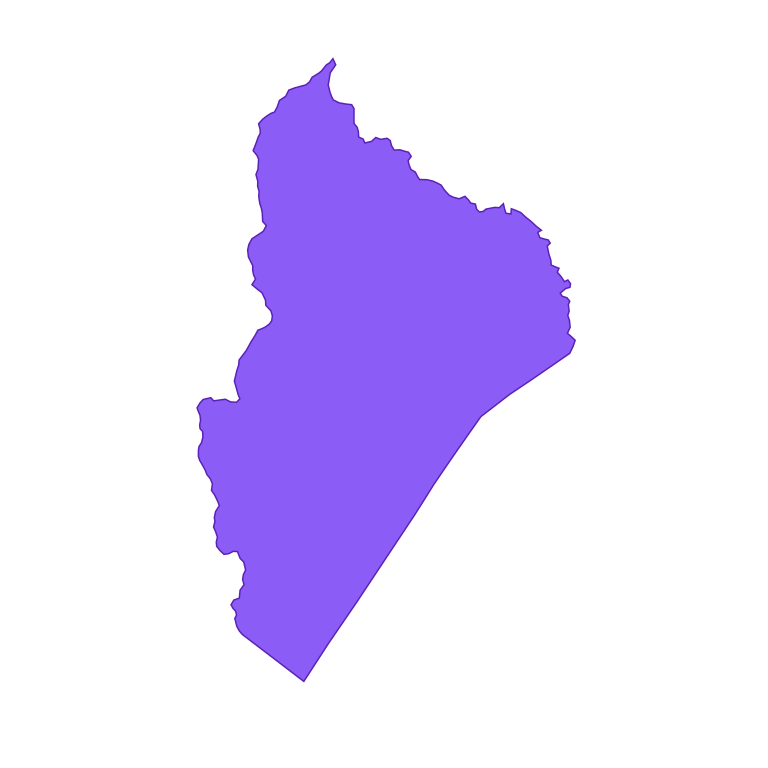 Itaporã do Tocantins, Tocantins, Brazil (Mercator projection), rotated 192°
{"feature_id": "56859067B75494045146561", "entity_name": "Itaporã do Tocantins", "entity_type": "district", "adm_level": 2, "iso_a3": "BRA", "parent_name": "Brazil", "parent_adm1": "Tocantins", "projection": "mercator", "projection_center": [-48.728, -8.44], "detail": "fine", "context": "isolated", "style": "filled", "palette": "violet", "viewbox_px": 768, "rotation_deg": 192, "n_neighbors": 0, "source": "geoboundaries", "source_scale": "gbopen_adm2", "svg_char_len": 3038}
<svg xmlns="http://www.w3.org/2000/svg" viewBox="0 0 768 768"><g transform="rotate(192 384 384)"><path d="M470.4,109.5L400.6,76.4L384.6,118.1L365.3,165.0L326.7,262.6L320.4,279.6L314.5,295.8L303.0,323.9L298.2,335.3L289.4,356.1L282.5,372.2L258.9,400.0L239.9,419.6L208.7,452.6L206.9,459.9L206.1,466.5L210.8,469.4L215.1,471.7L213.7,478.1L215.8,484.7L218.5,489.3L218.0,493.6L220.2,500.0L219.5,503.5L222.9,506.4L227.9,506.9L230.5,509.5L226.2,515.1L222.2,517.2L222.4,520.9L225.8,524.0L228.7,521.6L233.2,525.9L237.7,529.4L236.9,533.6L240.8,534.2L245.2,535.1L246.5,539.7L249.9,545.7L253.0,552.9L250.7,556.4L253.4,559.1L256.9,559.1L262.0,559.5L265.1,564.3L262.0,567.1L268.2,570.1L273.2,573.2L280.5,576.9L285.8,580.1L291.1,581.2L295.9,581.9L295.2,576.7L300.2,576.4L302.3,580.0L304.7,585.2L307.9,580.4L312.3,579.8L320.6,576.3L322.9,573.4L326.5,572.1L329.7,574.2L332.0,579.0L336.8,579.0L339.6,581.6L343.8,584.4L349.0,580.8L354.9,581.1L359.3,582.1L363.2,584.8L366.0,587.0L369.4,590.4L373.1,591.5L378.1,592.6L384.4,592.8L391.7,591.4L394.2,593.8L397.4,597.8L402.2,599.4L405.0,603.4L406.8,607.5L404.7,612.3L408.2,615.8L412.6,616.0L417.1,616.4L422.7,614.9L426.3,618.8L428.5,623.4L432.1,625.0L438.0,622.6L443.3,623.4L446.7,618.7L452.8,615.8L455.4,619.3L460.1,620.3L461.6,625.7L463.7,629.6L467.4,632.5L468.3,636.0L470.6,647.2L473.7,650.5L479.8,649.9L486.5,649.7L492.6,651.3L495.1,654.4L497.2,657.7L500.7,664.8L501.3,677.1L497.6,686.2L501.6,691.6L503.8,687.1L506.8,684.0L510.2,677.2L512.5,674.4L518.1,669.1L519.7,663.9L522.8,660.2L532.5,655.3L538.2,651.7L540.0,644.9L545.2,639.7L546.0,633.1L547.6,627.3L551.1,625.0L554.3,621.8L557.5,618.1L560.8,612.5L558.1,607.3L557.2,603.5L558.4,599.2L559.1,593.6L560.5,585.0L555.9,581.3L553.4,577.9L551.9,567.8L552.8,562.3L549.6,556.0L548.7,551.1L546.1,546.1L545.7,542.2L544.4,538.3L542.8,534.3L540.7,530.8L538.7,526.3L536.5,517.8L532.1,514.5L533.8,508.3L537.8,504.2L543.4,498.5L545.2,492.3L545.2,486.6L543.0,480.0L540.3,476.6L536.9,472.3L536.1,468.0L534.3,463.7L531.5,459.9L533.8,453.7L527.2,450.2L522.3,447.9L517.3,441.3L516.0,436.4L509.8,432.0L507.4,427.6L507.0,422.7L508.4,419.1L512.0,415.0L515.4,412.4L518.5,410.5L520.2,404.7L522.7,397.9L525.7,388.1L530.7,377.4L530.1,372.2L530.7,366.7L531.0,355.9L528.3,350.7L524.4,343.2L521.9,339.6L524.4,335.5L530.4,334.6L536.0,336.1L547.1,332.1L550.5,334.6L557.6,331.3L559.9,327.6L561.9,321.8L559.5,318.0L557.4,315.0L555.9,310.3L555.8,305.6L554.6,302.0L551.6,299.9L550.1,294.5L550.3,288.7L551.9,284.6L551.8,281.0L550.5,274.6L548.4,271.0L544.6,266.8L541.3,263.0L538.3,258.5L534.0,255.0L531.1,250.7L530.6,244.0L526.8,240.5L524.0,236.9L521.7,233.8L519.8,230.8L522.2,224.3L522.2,218.0L520.8,214.5L521.0,208.7L518.1,204.7L515.1,199.6L515.2,194.5L513.9,190.4L510.1,187.2L505.1,184.1L500.7,185.7L496.6,189.0L492.5,189.6L488.4,183.4L484.2,180.7L480.7,173.3L481.9,168.3L481.7,163.5L479.2,158.6L481.9,152.4L481.0,144.5L486.0,141.4L487.7,136.2L485.1,133.2L481.9,130.9L480.2,127.3L481.2,123.7L477.5,116.2L474.1,112.3L470.4,109.5Z" fill="#8b5cf6" stroke="#5b21b6" stroke-width="1.5"/></g></svg>